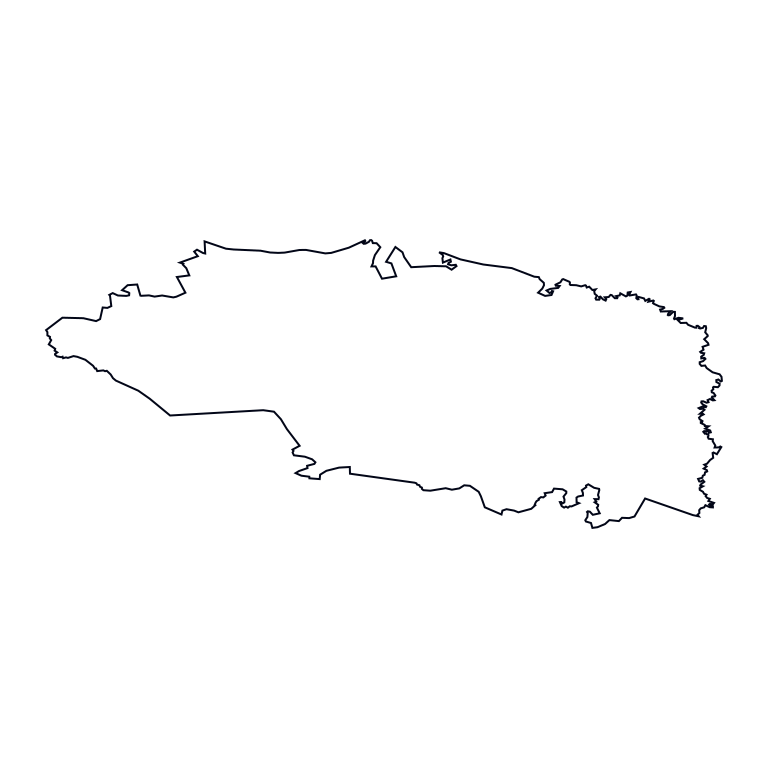 outline of Amatas pag., Amatas, Latvia
{"feature_id": "27541924B93502282845700", "entity_name": "Amatas pag.", "entity_type": "district", "adm_level": 2, "iso_a3": "LVA", "parent_name": "Latvia", "parent_adm1": "Amatas", "projection": "robinson", "projection_center": [25.362, 57.163], "detail": "fine", "context": "isolated", "style": "outline", "palette": "ink", "viewbox_px": 768, "rotation_deg": 0, "n_neighbors": 0, "source": "geoboundaries", "source_scale": "gbopen_adm2", "svg_char_len": 6087}
<svg xmlns="http://www.w3.org/2000/svg" viewBox="0 0 768 768"><path d="M534.3,276.7L511.8,268.1L483.3,264.5L460.5,259.4L443.9,253.1L439.1,252.3L442.7,254.9L443.2,256.4L442.4,258.2L442.9,262.6L450.4,259.5L450.9,261.7L448.5,263.0L448.1,264.3L451.3,265.3L455.8,264.8L456.5,266.1L451.6,269.7L446.1,266.3L434.3,266.0L411.2,267.2L404.2,257.1L402.5,252.3L395.4,247.0L386.1,261.8L391.4,263.4L396.2,276.3L382.0,278.7L375.6,266.4L371.5,266.4L373.0,263.2L373.1,260.7L374.9,255.1L380.3,247.2L376.6,243.2L372.8,243.1L372.1,240.8L371.2,240.1L370.0,240.2L368.9,241.8L365.6,243.6L363.7,243.8L362.1,242.4L364.6,241.9L365.3,241.0L364.9,240.3L348.8,247.7L331.2,252.9L325.3,253.4L305.9,249.9L299.4,250.0L284.7,252.6L278.2,252.9L270.1,252.5L260.5,250.7L233.7,249.5L226.0,248.7L204.6,241.4L205.2,253.5L203.0,253.0L197.0,249.7L194.2,251.6L197.8,256.2L179.9,262.6L183.4,263.8L182.9,264.7L186.3,268.2L189.3,275.4L176.9,277.0L185.4,292.7L176.4,296.7L173.3,297.4L162.1,295.5L154.6,296.6L149.0,295.4L141.3,295.8L140.4,295.6L137.2,284.5L127.6,285.2L122.1,290.2L128.6,292.5L129.3,293.1L129.1,295.3L126.3,295.9L117.9,295.5L112.7,293.1L109.3,294.9L110.0,295.7L111.3,306.1L107.4,307.9L102.7,307.5L100.1,319.1L96.1,321.1L83.3,318.2L62.4,317.7L46.1,330.1L47.4,332.1L47.4,335.4L50.0,336.9L49.8,338.4L51.2,340.1L48.8,344.4L55.2,348.8L54.6,350.6L57.3,352.4L55.1,353.9L55.0,354.7L56.9,356.4L61.3,357.2L62.6,356.7L63.1,358.2L66.0,357.4L67.9,357.9L73.5,356.1L77.3,356.8L85.4,359.8L93.1,365.8L94.9,368.5L96.1,368.5L97.2,371.1L103.3,370.4L105.1,371.2L106.8,370.8L110.7,374.5L113.0,378.2L115.9,380.6L138.3,390.7L149.7,398.7L170.1,415.5L263.2,410.2L274.0,411.7L280.9,419.2L286.9,429.1L299.6,445.8L292.5,449.6L293.5,450.9L292.6,452.5L293.9,455.3L304.9,456.7L312.1,459.3L315.4,462.3L314.4,463.9L307.1,465.8L307.5,468.1L299.1,471.0L295.6,473.1L301.4,475.7L309.3,476.7L309.4,478.3L319.7,479.1L320.1,474.7L326.4,470.8L339.1,467.6L349.8,467.0L350.0,473.7L414.7,482.7L416.4,483.3L417.1,484.6L419.4,485.2L420.0,486.7L421.9,487.6L421.9,488.9L423.4,490.2L430.3,490.7L445.7,488.2L451.9,489.7L459.3,488.4L464.2,485.3L469.9,485.8L478.7,491.8L480.9,496.3L484.8,507.3L501.5,514.5L502.4,510.6L506.5,509.2L514.1,510.6L518.4,512.3L531.3,508.8L535.2,505.3L534.6,505.0L535.7,502.4L536.6,501.1L538.9,499.7L538.6,498.8L541.0,497.1L543.3,497.4L545.6,495.6L544.7,493.2L552.1,492.1L554.0,488.6L562.6,489.3L566.3,491.5L566.3,493.1L563.5,496.6L564.5,499.5L564.3,502.4L562.5,503.4L561.2,502.0L559.9,502.1L561.7,506.1L564.1,507.6L565.9,506.6L567.9,507.7L569.7,506.3L571.6,506.4L579.0,503.2L576.6,502.2L576.5,497.6L578.1,496.5L583.0,495.5L582.9,492.9L581.8,490.2L586.3,487.1L586.0,485.6L588.3,484.3L594.1,487.8L599.1,488.9L599.3,490.1L598.0,495.0L598.9,497.3L598.5,499.2L594.6,499.1L596.3,501.6L594.7,502.3L598.2,504.8L598.0,506.3L596.9,507.6L599.7,513.3L592.8,514.8L589.9,511.7L587.8,511.3L587.0,512.0L587.7,513.1L587.4,517.0L585.3,520.2L585.9,521.5L591.0,523.0L592.4,527.9L597.5,527.2L605.1,524.0L609.4,520.1L618.9,521.1L622.0,517.8L629.1,518.1L634.5,516.5L645.1,498.5L692.9,515.1L698.7,516.3L697.5,514.8L699.4,513.0L699.2,510.2L700.7,508.4L704.2,507.3L705.4,505.2L709.7,507.2L712.9,507.4L712.9,506.3L710.1,505.7L709.1,504.5L709.9,503.9L712.8,504.4L714.0,502.9L708.4,501.0L709.8,498.8L707.2,498.0L705.6,496.1L706.5,494.7L704.0,493.7L703.0,491.8L699.8,489.9L699.6,488.2L702.9,486.3L700.2,485.6L700.6,484.6L704.3,481.8L702.9,480.2L700.7,481.6L699.2,481.4L698.1,478.9L702.3,477.8L702.8,475.7L704.6,474.8L705.0,472.4L707.2,471.4L706.9,470.2L703.7,468.6L706.6,466.5L704.3,464.7L707.0,463.7L710.1,460.0L713.2,457.8L712.6,453.0L713.5,452.5L716.9,454.2L721.3,447.1L720.3,446.5L718.8,447.4L714.6,447.5L715.3,445.5L712.7,441.2L712.9,439.3L708.6,438.7L707.8,437.0L708.5,435.8L708.3,434.3L706.6,434.2L706.0,433.2L704.9,433.7L703.3,431.8L704.1,431.1L708.1,431.1L708.8,432.8L710.8,432.3L710.2,430.5L705.2,428.6L708.6,426.3L704.8,426.0L704.7,424.9L700.8,423.0L700.8,422.1L702.2,422.0L702.5,421.1L699.7,419.3L699.0,417.7L700.8,415.8L703.6,414.4L702.7,413.6L700.0,413.7L704.5,409.8L703.3,408.7L699.9,409.0L698.7,408.1L702.3,406.6L705.8,407.2L706.3,406.3L702.7,404.4L701.2,402.6L701.5,401.4L703.2,401.3L706.6,402.7L708.5,402.2L707.6,400.1L710.0,399.0L712.8,400.4L714.4,400.2L711.8,397.4L712.2,396.6L715.0,396.3L715.4,395.5L713.6,393.0L711.8,392.3L711.6,390.7L713.3,389.3L713.0,387.4L713.7,386.8L717.9,387.2L719.5,385.5L719.6,383.7L716.4,382.0L716.3,380.1L718.4,379.5L720.8,381.5L721.9,380.9L721.5,376.8L719.6,374.3L712.6,372.3L706.7,368.1L705.1,365.5L701.4,365.9L699.7,363.9L699.7,362.2L703.1,361.1L705.4,358.9L704.6,357.9L701.3,358.4L701.2,356.7L703.7,354.9L704.2,353.3L701.0,352.8L700.2,351.9L703.5,349.7L702.6,346.8L708.5,344.8L708.1,343.2L704.2,339.2L707.7,336.1L707.7,335.3L705.2,332.3L706.2,328.1L705.8,326.2L704.1,326.0L702.9,327.9L700.1,328.5L699.1,328.1L699.5,327.1L697.8,325.8L696.6,325.9L696.4,327.7L694.9,327.6L688.1,324.8L686.4,322.8L680.7,323.0L677.8,320.1L683.2,318.4L678.5,317.8L674.4,319.2L674.0,318.6L675.0,316.0L674.9,311.9L673.2,311.8L669.8,315.1L668.2,315.3L667.8,315.0L668.2,313.7L670.7,311.2L660.8,311.5L660.1,309.6L662.8,308.9L664.3,307.8L663.9,307.1L659.4,306.4L653.8,303.8L653.0,303.2L653.8,300.9L653.3,300.5L648.4,301.7L649.6,299.2L649.0,298.8L645.3,300.9L644.0,298.4L638.5,296.9L637.8,297.2L638.4,299.2L637.5,299.3L636.3,298.2L636.7,295.5L636.0,294.4L629.7,295.5L629.1,294.9L630.5,292.0L627.7,292.5L627.4,295.6L625.9,296.4L620.3,293.3L619.7,295.4L616.1,296.1L617.5,297.5L617.2,298.2L614.8,298.2L611.7,295.1L610.5,294.9L608.7,297.0L604.8,297.3L606.3,299.1L605.6,300.6L602.9,299.3L600.4,296.6L599.0,297.0L599.7,298.9L599.3,299.7L596.2,299.7L595.5,298.3L597.0,295.7L594.7,293.8L594.2,291.1L595.6,289.4L592.4,290.0L589.2,286.7L586.7,287.5L586.0,285.6L585.2,285.2L581.2,286.4L576.2,285.2L570.5,285.0L569.8,284.4L569.9,282.4L569.4,281.8L563.2,279.1L562.2,279.5L560.4,282.3L555.5,284.7L555.8,285.7L559.6,286.0L558.2,287.9L550.3,288.9L546.6,290.5L549.5,293.0L551.0,292.6L551.9,291.0L553.1,291.3L551.5,295.0L545.1,295.9L538.1,292.7L542.3,288.6L544.0,285.2L543.8,282.8L539.7,279.2L538.8,277.1L534.3,276.7Z" fill="none" stroke="#020617" stroke-width="2"/></svg>